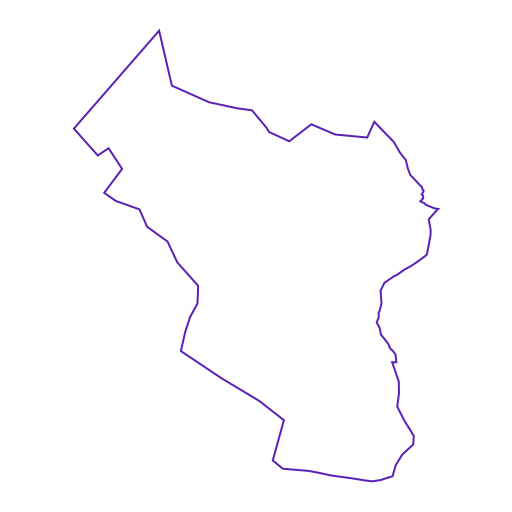 outline of Nafada, Gombe, Nigeria
{"feature_id": "59680162B63392407575553", "entity_name": "Nafada", "entity_type": "district", "adm_level": 2, "iso_a3": "NGA", "parent_name": "Nigeria", "parent_adm1": "Gombe", "projection": "mercator", "projection_center": [11.284, 11.038], "detail": "fine", "context": "isolated", "style": "outline", "palette": "violet", "viewbox_px": 512, "rotation_deg": 0, "n_neighbors": 0, "source": "geoboundaries", "source_scale": "gbopen_adm2", "svg_char_len": 1790}
<svg xmlns="http://www.w3.org/2000/svg" viewBox="0 0 512 512"><path d="M73.9,128.6L97.8,155.5L108.6,148.2L122.1,168.9L104.2,192.8L115.7,200.9L139.5,209.4L147.1,226.7L156.5,233.6L167.5,241.5L177.3,262.4L198.1,285.7L198.0,290.4L197.5,303.4L190.0,317.2L185.2,332.0L180.9,351.0L181.2,351.2L181.2,351.3L215.9,374.5L222.2,378.7L232.4,384.8L259.2,400.9L283.9,420.2L272.8,460.3L272.8,460.5L282.8,468.7L295.1,469.8L301.4,470.3L308.5,470.9L317.9,472.6L318.3,472.7L330.9,475.4L339.1,476.6L347.4,477.7L350.4,478.1L364.9,480.4L371.9,481.3L372.2,481.3L380.9,480.0L385.7,478.4L392.3,476.4L392.6,476.1L395.6,465.4L402.2,454.6L413.2,444.5L413.8,435.9L412.6,434.1L411.7,432.5L408.6,427.4L405.7,422.8L403.6,419.2L399.5,411.1L397.2,406.6L397.9,401.9L399.0,393.2L398.9,390.3L398.9,389.9L398.9,387.0L398.8,382.5L398.8,381.6L398.7,381.3L396.7,375.4L393.5,366.2L392.1,362.2L396.3,362.3L395.6,354.8L392.8,350.8L390.3,348.7L388.1,343.6L380.9,334.5L379.7,328.1L376.7,322.4L378.7,317.4L378.7,313.7L378.7,312.4L378.9,312.4L379.5,311.2L380.0,309.4L381.5,303.6L381.4,302.7L380.6,290.6L382.3,287.1L384.6,282.6L384.8,282.5L394.2,276.1L396.8,275.0L404.4,269.6L411.6,265.7L418.3,261.1L426.8,254.8L428.3,247.2L430.6,234.7L430.6,229.6L428.7,219.3L437.8,209.1L438.1,208.9L437.7,208.8L434.2,208.3L430.9,206.9L426.5,205.1L423.7,202.9L420.3,201.4L420.6,200.9L421.6,200.1L422.0,199.3L422.7,198.6L423.1,198.5L423.0,197.5L423.3,196.6L423.1,196.1L423.0,195.5L421.7,194.5L423.4,191.5L423.7,190.8L423.2,190.3L422.4,189.4L422.1,187.4L418.1,183.2L414.9,179.7L410.4,175.1L407.8,168.4L405.8,160.0L399.7,152.2L394.0,142.2L374.3,121.8L367.2,137.5L365.7,137.4L335.2,134.5L311.3,124.3L289.2,141.3L268.9,131.9L266.4,127.6L252.0,110.3L237.1,108.3L209.2,102.3L171.9,85.7L159.1,30.7L73.9,128.6Z" fill="none" stroke="#5b21b6" stroke-width="2"/></svg>